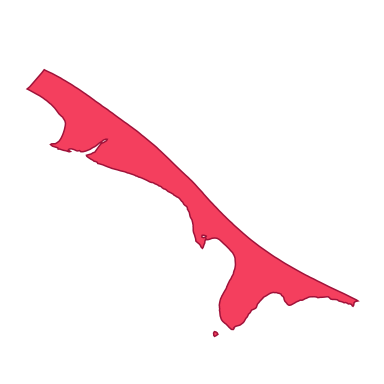 São José do Norte, Rio Grande do Sul, Brazil, rotated 260°
{"feature_id": "56859067B56397932156398", "entity_name": "São José do Norte", "entity_type": "district", "adm_level": 2, "iso_a3": "BRA", "parent_name": "Brazil", "parent_adm1": "Rio Grande do Sul", "projection": "equal_earth", "projection_center": [-51.727, -31.8], "detail": "fine", "context": "isolated", "style": "filled", "palette": "rose", "viewbox_px": 384, "rotation_deg": 260, "n_neighbors": 0, "source": "geoboundaries", "source_scale": "gbopen_adm2", "svg_char_len": 5930}
<svg xmlns="http://www.w3.org/2000/svg" viewBox="0 0 384 384"><g transform="rotate(260 192 192)"><path d="M322.1,47.5L320.7,49.4L317.7,53.1L315.9,55.3L313.3,58.6L310.5,61.6L308.4,63.5L307.5,64.5L305.4,66.2L303.9,67.4L302.9,68.4L298.6,71.3L296.7,72.3L292.0,74.6L290.4,75.8L289.0,76.8L288.3,77.6L287.0,78.0L285.4,78.7L284.0,79.2L282.6,79.3L281.4,79.3L279.3,78.7L275.6,77.2L272.7,75.7L270.5,74.4L268.1,72.7L267.0,71.8L265.1,69.9L263.8,67.3L263.3,65.8L263.5,64.4L263.8,62.0L263.3,60.9L261.4,62.5L260.0,65.2L258.8,67.5L257.5,67.6L257.3,69.0L256.3,70.9L255.3,72.8L254.5,75.0L253.7,76.5L252.9,78.0L253.0,79.3L254.8,77.5L255.6,78.5L255.5,80.6L254.8,82.1L254.2,83.3L252.7,85.4L252.3,86.5L252.3,88.5L251.0,89.5L250.6,91.8L250.8,94.6L251.7,98.9L253.1,102.3L253.4,103.7L254.3,105.8L255.5,107.8L256.3,109.2L257.4,111.9L258.0,112.8L258.6,113.9L259.0,116.4L258.6,117.7L257.4,116.8L256.3,114.2L256.0,113.1L255.8,111.9L255.2,110.6L253.0,108.2L248.1,103.2L247.8,101.2L247.0,99.4L246.8,97.3L246.5,94.4L245.6,94.5L244.3,95.6L241.7,98.3L241.1,99.2L240.3,100.1L239.3,100.9L238.7,102.5L237.6,103.9L236.5,104.1L235.8,105.8L234.8,107.8L234.1,109.2L233.4,110.2L232.7,111.3L231.1,113.9L230.6,114.9L229.9,116.0L229.1,117.3L228.4,118.9L227.5,120.8L226.9,122.2L225.2,125.5L224.3,127.7L223.4,129.7L222.0,131.8L221.6,133.0L221.0,134.0L220.2,135.5L219.4,137.0L218.3,138.8L217.5,139.6L217.1,140.8L216.0,142.0L215.4,143.5L214.3,145.3L211.7,149.1L210.7,150.4L209.4,152.0L208.5,153.6L208.0,155.3L207.2,156.2L206.4,157.1L205.8,158.2L204.9,159.5L203.9,160.3L203.3,161.5L202.5,162.7L201.4,163.3L199.9,164.9L199.4,166.1L198.6,167.0L196.7,168.5L195.0,170.9L193.8,172.3L192.9,173.3L191.9,173.8L191.2,174.9L190.0,176.0L189.0,177.5L188.1,178.3L187.2,178.9L186.0,179.5L184.7,180.2L183.8,181.0L182.7,181.4L181.4,181.8L180.0,182.8L178.9,184.0L177.8,184.6L176.8,184.7L175.9,184.5L175.0,184.9L173.7,185.3L172.4,185.8L171.2,185.8L168.5,185.9L167.3,186.1L164.6,187.1L163.2,187.2L161.8,187.3L160.5,187.3L159.2,187.4L157.9,187.1L156.6,187.0L153.8,186.5L152.1,186.5L150.9,186.7L150.0,186.9L148.7,187.1L147.4,187.2L145.9,187.4L144.3,187.4L143.0,187.3L141.8,188.2L140.6,189.2L139.3,190.3L137.9,191.0L136.9,191.2L135.8,191.6L134.7,192.5L135.8,193.5L136.8,194.0L138.4,194.9L139.5,195.7L141.4,196.2L142.5,196.9L143.7,197.6L142.4,198.2L142.3,199.8L142.5,201.7L142.9,203.5L142.8,206.0L142.5,207.3L142.0,208.7L140.4,210.7L138.2,212.4L135.7,214.2L133.3,216.1L129.7,218.6L127.8,219.7L125.1,221.5L123.5,222.0L122.4,222.4L120.4,222.8L118.8,222.9L117.8,222.7L114.8,222.4L113.1,222.2L111.6,221.8L109.9,221.2L108.6,220.7L107.4,219.9L105.6,219.0L104.1,218.5L103.1,217.7L101.8,216.6L100.3,215.6L99.4,214.9L98.5,213.9L96.0,212.1L94.6,211.1L93.6,210.5L92.7,209.8L91.4,209.2L90.4,208.4L89.5,207.6L86.8,205.3L85.3,204.2L84.5,203.4L83.3,202.7L82.0,201.7L80.3,200.9L78.4,200.1L75.8,199.2L74.8,199.2L73.5,199.0L72.3,199.0L70.6,198.5L69.3,198.6L67.1,198.4L65.7,198.3L64.6,198.3L63.6,198.5L62.4,198.6L61.1,198.9L59.3,199.8L57.0,201.6L56.3,202.4L55.0,203.3L53.7,204.2L52.5,204.9L50.7,206.3L49.9,206.9L49.4,208.7L50.2,209.7L51.1,209.7L52.1,211.5L52.3,213.0L52.5,215.4L52.8,216.7L53.4,217.7L53.9,218.8L54.6,220.0L55.7,221.1L58.2,223.1L59.4,224.7L60.9,225.8L61.9,226.4L62.5,227.5L63.2,228.4L64.4,229.4L65.3,230.1L66.0,233.0L66.5,234.5L67.3,235.4L68.8,236.2L70.2,237.0L72.0,239.2L72.7,239.9L73.4,241.0L74.2,241.9L74.9,243.2L75.7,243.7L76.3,245.1L77.0,247.3L77.8,249.1L78.6,251.2L78.9,252.9L79.0,254.6L78.5,256.0L78.3,257.7L77.6,258.8L77.0,260.4L75.9,262.0L74.5,262.3L73.6,263.3L72.3,264.0L71.2,264.1L70.1,264.1L68.3,264.5L66.9,265.4L65.9,266.0L65.0,266.4L63.9,267.4L63.5,268.5L63.6,270.0L64.1,271.5L64.9,273.9L65.7,275.9L66.1,277.9L66.7,279.7L66.3,281.6L66.6,283.1L67.2,284.5L67.5,286.4L68.0,288.0L68.3,289.7L68.1,291.2L67.6,294.4L67.0,296.4L66.1,297.5L66.0,298.8L66.0,300.2L65.7,302.0L65.5,304.6L65.4,306.6L65.1,308.0L64.0,309.0L62.5,310.0L61.8,311.7L61.6,312.9L61.2,314.6L60.6,316.5L59.4,317.4L58.7,318.6L58.1,320.1L57.4,321.4L56.5,322.5L56.5,324.1L55.5,325.6L54.6,326.5L54.5,327.9L53.5,329.7L52.3,329.9L51.5,330.7L52.3,331.5L55.0,332.5L55.8,334.1L55.9,336.5L57.1,335.3L58.7,333.1L61.2,329.7L62.4,328.1L65.0,324.6L66.5,322.5L68.0,320.3L69.4,318.3L74.9,310.5L76.7,308.1L80.8,302.6L82.5,300.2L85.1,296.9L86.3,295.2L87.7,293.2L89.0,291.6L90.5,289.5L93.7,285.5L97.2,281.2L100.6,277.1L102.2,275.2L103.6,273.5L105.7,271.0L107.5,269.0L108.8,267.6L111.3,264.9L113.7,262.1L116.6,259.1L118.4,257.3L120.3,255.4L122.4,253.3L126.7,249.0L131.2,244.9L134.0,242.3L135.5,241.0L137.0,239.7L138.7,238.3L142.6,235.1L149.8,229.4L151.3,228.2L152.9,227.0L154.7,225.8L156.4,224.4L158.0,223.2L160.2,221.6L161.8,220.5L164.1,218.8L166.5,217.2L168.3,215.9L169.3,215.2L170.3,214.6L172.9,212.9L174.4,211.8L175.5,211.1L176.8,210.3L178.1,209.4L179.4,208.5L180.8,207.6L182.3,206.7L183.4,206.0L186.9,203.8L188.2,203.0L189.4,202.4L190.7,201.6L194.8,198.9L199.2,196.2L203.1,193.6L204.9,192.2L206.8,190.9L209.7,188.6L211.6,187.2L214.0,185.4L219.6,181.3L222.5,179.2L228.3,175.1L237.8,168.1L239.3,166.9L242.0,165.0L245.3,162.3L246.3,161.4L253.7,155.1L255.1,153.9L256.6,152.5L260.0,149.7L261.6,148.3L264.4,145.6L266.1,144.0L267.3,142.8L268.8,141.4L269.8,140.5L271.3,139.0L272.5,137.7L276.1,134.3L278.0,132.4L280.0,130.5L281.8,128.8L283.4,127.4L285.1,125.6L285.9,124.8L287.8,123.2L289.5,121.4L290.7,120.1L292.1,118.6L293.9,117.1L295.6,115.4L297.3,113.6L298.5,112.4L299.7,111.4L300.9,110.2L302.3,108.9L303.9,107.4L305.3,105.9L307.0,104.3L308.0,103.2L309.5,101.7L310.8,100.4L312.2,99.0L313.9,97.2L315.9,94.9L318.0,92.8L319.7,90.9L321.2,89.1L323.5,86.5L325.2,84.4L327.0,82.5L329.0,79.9L331.3,77.0L332.9,75.0L334.6,72.5L337.0,69.1L338.1,67.7L335.7,65.1L323.8,50.5L322.1,47.5ZM145.2,197.7L145.0,195.5L145.7,194.0L146.7,194.0L147.6,194.5L147.4,196.1L146.8,197.4L146.0,198.4L145.2,197.7ZM47.1,188.5L45.9,189.1L46.3,190.6L47.3,192.8L48.8,192.4L50.0,191.3L50.6,189.8L49.3,188.7L48.2,188.7L47.1,188.5Z" fill="#f43f5e" stroke="#9f1239" stroke-width="1.5"/></g></svg>